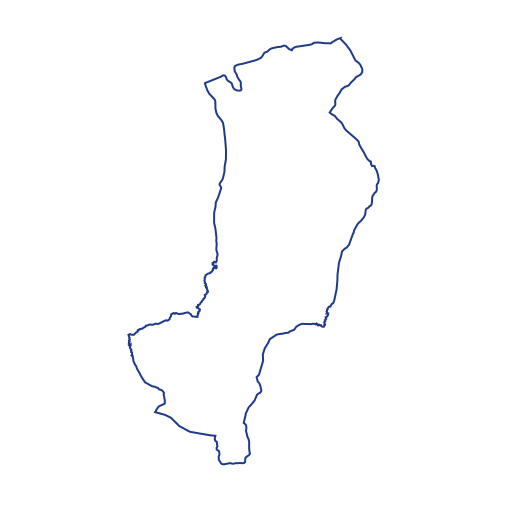 outline of Aceh Tengah, Aceh, Indonesia, rotated 258°
{"feature_id": "22746128B89023327523654", "entity_name": "Aceh Tengah", "entity_type": "district", "adm_level": 2, "iso_a3": "IDN", "parent_name": "Indonesia", "parent_adm1": "Aceh", "projection": "orthographic", "projection_center": [96.82, 4.563], "detail": "fine", "context": "isolated", "style": "outline", "palette": "blue", "viewbox_px": 512, "rotation_deg": 258, "n_neighbors": 0, "source": "geoboundaries", "source_scale": "gbopen_adm2", "svg_char_len": 6124}
<svg xmlns="http://www.w3.org/2000/svg" viewBox="0 0 512 512"><g transform="rotate(258 256 256)"><path d="M139.2,234.2L152.1,241.2L158.2,242.2L163.8,245.3L168.5,249.9L171.8,252.2L174.8,259.9L174.8,262.4L174.5,265.4L174.6,269.1L174.2,271.7L175.1,273.0L175.9,277.9L178.4,280.7L179.6,283.8L180.1,286.8L177.8,296.1L178.0,297.6L177.6,298.3L177.4,299.3L176.6,300.3L177.2,300.6L177.4,301.3L176.5,302.1L175.2,302.3L175.1,302.7L175.6,303.2L175.6,303.7L175.0,304.0L174.8,305.2L174.1,305.2L173.1,306.1L172.7,307.6L173.4,308.1L174.1,308.3L174.2,309.1L174.9,309.4L175.3,308.9L177.2,309.0L177.5,310.0L178.2,310.4L178.9,310.1L179.7,310.9L179.9,311.6L181.6,311.4L182.0,313.1L183.1,313.7L183.4,314.2L184.8,314.7L185.1,313.1L186.0,313.8L187.0,313.5L187.5,314.1L188.8,314.4L188.9,315.0L190.0,315.3L191.2,316.7L191.0,318.1L191.5,318.2L191.8,318.9L193.2,319.9L193.7,321.5L195.6,323.0L206.7,327.9L215.0,330.5L220.7,331.8L232.2,335.8L238.0,339.1L242.7,341.2L244.8,344.5L245.3,346.3L247.6,349.3L257.6,355.5L258.5,356.3L258.0,356.3L260.1,357.0L261.0,357.5L266.5,362.4L268.5,365.8L271.3,369.4L273.8,371.4L277.9,372.8L278.8,373.4L279.4,374.2L279.9,376.0L281.0,377.3L281.3,378.5L282.0,379.5L284.3,380.6L287.7,381.4L290.2,382.3L292.9,385.0L293.7,386.5L294.7,387.5L296.6,388.2L299.7,388.7L300.8,389.1L301.9,390.5L304.9,392.0L311.5,392.1L314.6,391.7L317.7,390.7L319.2,390.8L319.8,389.8L319.8,388.2L321.9,387.6L323.9,387.9L324.9,387.1L325.0,387.3L325.5,386.6L327.6,385.2L329.4,384.5L334.3,383.2L341.6,380.7L344.2,380.1L346.0,380.2L346.9,380.0L348.9,378.8L360.0,370.4L362.4,369.1L367.4,367.8L369.0,367.1L373.1,364.0L376.6,362.2L378.7,359.8L381.0,357.9L384.2,361.1L386.7,364.5L388.0,365.2L391.3,365.7L392.6,366.3L395.7,369.0L398.3,371.9L401.1,374.3L403.0,378.1L403.2,380.9L403.9,382.6L405.9,384.9L408.6,389.3L410.1,390.9L411.7,395.9L413.5,398.0L415.9,398.7L417.3,398.7L421.3,397.8L423.6,396.6L426.2,394.3L427.1,393.8L437.2,391.1L443.9,388.1L451.3,383.5L451.5,383.7L451.3,381.5L450.6,378.6L449.8,376.7L449.4,374.9L448.4,373.5L450.0,367.0L451.8,361.7L452.5,357.4L452.3,356.2L451.6,355.2L451.4,352.3L452.3,338.2L451.9,336.7L451.0,334.6L449.8,333.8L451.4,331.5L455.4,328.7L456.0,326.9L455.5,323.9L455.9,320.6L455.9,315.9L455.8,314.1L455.2,312.3L453.5,309.4L453.4,307.6L452.8,306.2L450.0,303.6L448.9,302.1L447.9,298.6L447.5,295.8L446.8,282.8L446.9,278.0L446.2,275.0L444.9,274.0L441.0,273.6L437.6,274.8L435.1,275.0L431.9,276.1L429.9,277.1L428.8,277.2L425.4,276.5L422.6,276.5L421.8,276.3L421.3,275.7L421.1,274.5L421.8,272.2L422.5,270.9L423.9,269.4L425.6,268.6L429.9,268.1L430.9,267.4L433.2,265.0L434.7,264.2L437.7,263.7L439.0,262.9L439.4,262.0L439.5,261.2L438.7,259.0L435.6,241.4L435.7,241.8L428.4,242.8L424.7,243.9L418.2,247.8L416.8,248.3L415.4,248.3L408.6,247.0L404.1,247.0L400.7,247.9L396.1,250.4L394.1,251.1L392.8,251.4L387.8,251.2L374.9,249.9L365.4,248.6L356.9,246.7L349.9,243.9L344.8,242.6L338.9,239.8L337.5,238.8L334.6,235.7L333.8,235.2L333.2,235.2L330.6,236.1L329.5,236.0L321.0,231.0L316.7,227.8L312.5,226.6L308.3,224.6L306.3,223.9L297.1,221.9L291.3,222.0L288.0,221.7L282.0,221.1L279.2,220.3L275.6,220.0L271.4,218.7L269.7,218.5L266.4,218.8L265.1,218.6L261.7,217.0L259.5,216.7L258.9,216.2L258.1,215.4L258.6,214.9L259.1,213.8L258.0,213.1L258.2,212.4L258.1,212.0L257.1,211.8L256.9,212.0L256.5,211.8L255.4,213.1L255.0,213.2L254.7,214.0L254.9,215.0L254.4,215.4L252.6,215.0L252.2,214.5L252.4,213.9L252.8,213.8L252.8,213.3L253.1,213.3L253.4,212.1L252.4,211.1L251.2,211.1L251.0,210.5L250.3,210.0L249.8,209.3L249.5,208.3L249.2,208.3L248.8,207.3L248.8,205.7L247.7,202.7L247.2,202.6L246.7,202.1L246.1,202.1L245.8,201.5L244.5,201.0L243.6,201.0L242.6,200.4L240.9,200.7L240.2,200.3L239.2,201.2L237.8,201.1L237.6,200.3L236.4,200.6L235.7,200.5L235.5,201.4L234.8,201.1L233.5,201.4L233.1,201.1L232.0,201.6L231.1,201.6L231.2,201.2L230.8,200.6L229.3,199.8L228.8,198.9L228.6,197.8L226.8,197.8L225.3,196.7L225.3,196.1L225.1,195.7L224.1,195.2L223.4,193.9L222.3,193.2L222.1,192.3L221.0,191.6L220.2,190.6L220.2,189.2L219.0,189.0L218.5,187.2L217.8,187.3L216.9,188.9L215.7,189.4L215.4,190.0L213.8,189.3L213.7,188.7L213.2,188.4L213.2,187.9L212.7,187.6L211.7,187.7L211.6,187.1L210.2,186.8L209.6,186.1L208.7,186.1L209.2,184.0L210.2,181.1L211.4,180.4L212.5,180.2L215.0,177.7L215.1,175.0L214.8,172.6L215.1,171.2L215.1,169.1L215.6,167.7L216.8,166.2L216.9,164.9L216.4,164.6L216.6,163.9L217.3,163.3L216.7,161.2L215.4,160.4L214.9,160.4L213.1,158.6L212.1,158.3L211.1,156.1L211.7,155.1L211.8,153.9L209.9,146.6L210.1,145.1L210.7,143.8L210.3,141.9L210.3,140.4L211.1,137.4L210.6,135.3L210.7,133.7L210.0,133.3L209.5,132.4L209.2,130.7L208.5,129.7L208.7,127.3L208.2,126.9L208.4,125.9L208.2,125.2L208.0,124.9L207.5,125.1L206.6,124.5L206.2,123.0L204.3,120.1L205.0,117.5L205.8,116.6L205.8,115.9L205.3,115.5L205.2,115.0L204.8,115.3L203.6,114.9L202.4,115.4L201.5,114.8L200.4,115.2L200.0,114.9L199.8,114.3L199.2,113.9L198.2,114.1L197.8,113.9L197.8,114.2L196.5,113.4L196.2,113.9L195.7,113.9L195.1,113.3L194.9,113.5L195.5,115.0L194.4,114.7L194.4,113.7L192.7,113.8L192.4,113.6L190.9,114.3L188.8,114.0L189.0,114.4L188.0,114.2L187.2,114.6L186.4,114.6L185.6,114.4L184.6,113.5L184.3,113.7L184.4,114.4L183.9,114.6L178.5,114.3L175.4,115.0L174.7,115.0L173.4,115.9L171.5,116.0L169.6,116.4L165.9,117.7L162.2,118.6L155.5,121.2L150.2,127.3L149.3,129.5L147.1,132.9L145.8,133.3L144.6,135.6L143.4,136.6L141.3,137.5L139.7,136.9L133.7,136.8L131.4,136.3L130.5,135.8L129.2,130.1L128.6,128.9L124.3,124.8L119.5,134.0L115.5,139.1L105.4,145.8L97.8,154.8L90.1,174.0L88.6,178.9L85.8,177.6L83.8,177.7L82.4,179.0L77.8,178.6L76.5,177.6L74.9,177.3L72.9,179.2L70.9,179.2L69.3,178.9L67.6,177.8L64.4,177.3L61.0,178.5L59.7,179.2L59.2,180.3L58.9,181.6L58.8,187.9L57.9,189.3L57.5,190.8L57.6,192.7L57.0,195.7L57.0,196.7L56.1,199.8L56.0,201.3L56.7,202.4L60.5,203.6L61.3,204.4L62.8,207.9L64.0,209.0L65.6,208.9L69.3,209.3L75.8,210.7L78.7,210.6L80.9,210.0L85.9,209.9L87.2,209.9L89.9,210.9L92.0,211.1L93.3,210.8L95.3,209.3L104.5,213.6L109.5,217.4L112.4,221.5L115.1,224.7L120.1,228.2L120.9,229.7L121.2,231.2L122.4,232.8L123.6,233.3L128.2,233.2L130.8,232.8L132.7,231.6L137.4,231.4L139.2,234.2Z" fill="none" stroke="#1e3a8a" stroke-width="2"/></g></svg>